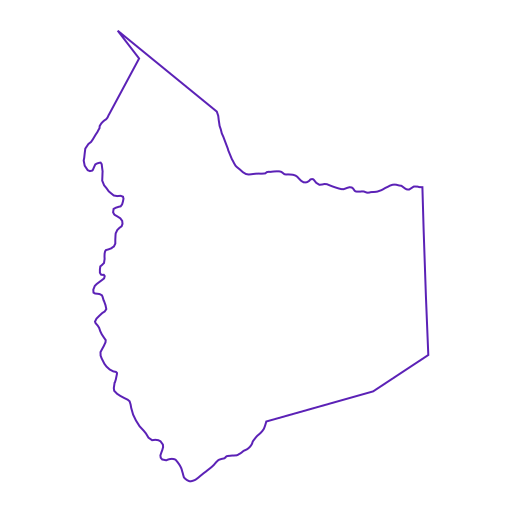 outline of Yauyupe, El Paraíso, Honduras
{"feature_id": "27666195B23214675582882", "entity_name": "Yauyupe", "entity_type": "district", "adm_level": 2, "iso_a3": "HND", "parent_name": "Honduras", "parent_adm1": "El Paraíso", "projection": "natural_earth1", "projection_center": [-87.088, 13.756], "detail": "fine", "context": "isolated", "style": "outline", "palette": "violet", "viewbox_px": 512, "rotation_deg": 0, "n_neighbors": 0, "source": "geoboundaries", "source_scale": "gbopen_adm2", "svg_char_len": 5991}
<svg xmlns="http://www.w3.org/2000/svg" viewBox="0 0 512 512"><path d="M423.6,228.9L422.4,187.2L419.3,187.1L417.5,186.6L414.0,186.5L412.9,187.1L411.4,188.1L409.2,189.5L407.7,189.5L406.5,189.3L405.2,188.6L401.4,185.8L399.2,185.5L396.1,184.7L394.1,184.6L392.4,184.8L390.0,185.6L387.8,186.8L385.4,187.9L382.7,189.5L381.3,190.2L377.3,191.6L375.1,191.9L371.2,192.1L370.1,192.3L369.1,192.6L367.2,192.7L365.4,192.1L363.9,191.5L361.8,191.4L360.3,191.6L356.9,191.6L356.0,191.5L355.3,191.2L354.7,190.8L353.0,188.4L352.6,188.2L351.8,187.5L349.6,187.2L347.1,187.9L345.3,188.6L343.5,189.2L341.3,189.1L338.8,188.5L335.3,187.4L332.4,186.4L329.6,185.3L326.9,184.2L324.5,184.0L322.2,184.5L319.4,184.8L316.2,182.8L313.7,179.7L312.8,179.1L311.1,179.2L310.1,179.7L309.4,180.7L307.7,181.8L307.1,182.1L306.3,182.3L305.6,182.4L303.6,182.3L301.4,181.0L300.3,180.0L298.3,177.9L297.3,176.8L295.7,175.7L294.7,175.3L293.1,174.8L291.3,174.6L289.7,174.5L288.0,174.4L286.1,174.5L284.4,174.2L283.0,173.1L281.4,171.9L279.6,171.4L277.5,171.3L275.1,171.4L272.6,171.6L270.4,171.9L268.7,171.8L266.9,172.1L265.2,173.4L261.6,173.7L258.6,173.6L255.9,173.7L253.1,174.0L250.9,174.3L248.6,174.5L245.9,174.0L242.9,172.2L239.9,169.5L236.8,167.0L235.6,165.8L235.1,165.0L234.0,163.1L232.9,160.9L231.9,159.2L228.2,150.2L228.0,149.2L227.3,147.3L226.2,144.4L223.3,136.7L221.8,133.4L220.8,129.4L219.6,125.9L219.1,122.5L218.7,119.9L218.4,117.2L218.2,115.7L216.8,111.6L117.7,30.7L139.1,58.5L109.4,113.8L108.6,115.2L107.5,117.6L106.1,119.3L104.4,120.4L102.9,121.7L101.3,123.4L99.7,126.0L99.5,128.2L98.6,129.7L97.3,132.2L95.8,134.4L94.3,136.9L93.0,139.1L91.1,141.9L88.4,144.0L85.3,148.6L84.7,153.4L84.2,157.9L83.7,160.6L84.7,165.7L87.7,170.2L89.9,171.1L92.2,170.6L92.8,170.0L94.2,166.8L95.3,164.4L97.2,163.4L99.3,162.8L100.6,162.6L101.7,164.2L102.0,166.8L102.6,171.4L102.5,173.1L102.4,176.1L102.2,180.6L104.1,185.3L106.5,188.2L108.7,191.3L111.3,193.5L113.8,195.5L117.3,196.1L118.2,196.0L120.6,195.8L123.0,196.7L123.5,198.7L122.9,201.7L122.1,204.4L120.6,206.4L119.0,206.7L115.9,207.7L113.6,208.9L113.1,212.3L114.2,214.4L114.9,215.0L117.5,216.5L120.3,218.3L122.2,220.9L122.5,223.9L121.6,226.3L119.5,227.8L117.3,230.0L115.7,233.3L115.5,235.5L115.3,239.7L115.3,243.6L113.9,246.5L112.1,247.6L111.6,248.2L108.4,249.4L105.9,250.1L105.1,251.3L104.6,253.6L104.5,256.5L104.6,259.0L104.0,263.0L102.0,265.0L100.3,266.4L99.9,269.5L99.9,272.7L101.0,274.6L102.2,274.9L103.8,274.8L104.7,276.1L104.1,278.4L101.8,280.2L99.9,281.6L96.7,284.0L94.8,285.9L93.3,289.7L93.5,292.6L95.0,293.5L97.9,293.8L99.7,294.1L101.9,295.3L102.5,296.6L103.7,300.6L103.9,300.7L105.5,305.2L106.3,309.1L104.7,311.5L102.3,313.0L99.4,315.7L96.5,318.6L95.0,321.6L95.6,323.2L97.7,325.6L99.1,327.8L100.3,331.3L101.7,334.2L104.0,337.7L105.7,340.1L105.5,342.3L103.8,346.0L102.2,348.9L100.5,352.1L100.6,355.6L101.7,358.5L104.4,363.8L106.5,366.6L109.7,369.5L113.3,371.4L115.9,371.9L116.9,372.8L117.0,373.7L116.5,376.1L115.8,379.5L114.9,382.4L114.6,382.7L113.8,388.1L114.2,390.8L117.1,393.8L120.3,395.9L124.4,398.1L127.7,399.7L129.6,401.3L130.6,404.5L131.2,407.9L133.1,414.6L135.9,420.4L139.6,426.3L143.7,430.7L145.9,433.4L148.5,437.7L152.1,440.2L155.3,439.8L158.3,440.2L160.5,441.3L162.9,444.6L163.1,447.1L162.3,450.0L161.4,452.4L160.4,455.4L160.7,457.7L162.2,459.5L163.4,459.7L166.2,460.3L166.7,460.1L167.0,460.0L167.4,459.8L168.2,459.5L168.7,459.4L169.2,459.2L169.8,459.1L170.4,459.0L170.8,459.0L171.2,458.9L171.8,458.9L172.2,458.9L173.4,459.0L173.6,459.1L174.0,459.1L174.5,459.3L174.8,459.4L175.1,459.5L175.4,459.7L175.7,459.9L175.9,460.1L176.4,460.7L176.6,461.0L177.1,461.6L177.4,461.9L178.4,463.3L179.0,464.1L179.3,464.6L179.5,464.9L179.9,465.5L180.3,466.3L180.6,466.8L181.0,467.8L181.2,468.0L181.3,468.3L181.4,468.6L181.5,468.9L181.7,469.5L182.3,471.7L182.8,473.3L183.0,474.2L183.5,476.0L183.7,476.6L183.8,476.9L183.8,477.1L184.0,477.4L184.1,477.6L184.3,477.8L184.7,478.2L185.3,478.8L185.8,479.2L186.2,479.5L186.6,479.8L187.0,480.1L187.6,480.4L188.0,480.6L188.4,480.8L188.8,481.0L189.1,481.1L189.5,481.2L189.9,481.3L190.1,481.3L190.5,481.3L191.0,481.2L191.5,481.1L191.8,481.1L192.3,480.9L193.1,480.7L193.6,480.5L194.4,480.2L194.9,480.0L195.3,479.8L195.6,479.6L196.1,479.3L196.9,478.7L197.7,478.1L198.6,477.4L199.5,476.6L200.7,475.6L202.7,474.0L203.4,473.4L204.2,472.8L206.0,471.5L207.2,470.5L209.9,468.4L211.5,467.1L212.3,466.4L212.8,465.9L213.3,465.5L213.7,465.0L214.1,464.7L214.4,464.3L215.0,463.5L215.5,463.0L216.0,462.4L216.4,461.9L216.8,461.6L217.5,460.9L217.9,460.5L218.2,460.3L218.4,460.1L218.6,460.0L218.8,459.9L219.0,459.8L219.4,459.6L220.1,459.4L220.7,459.2L221.3,459.0L221.7,458.9L222.1,458.8L223.2,458.6L223.6,458.5L223.9,458.4L224.2,458.4L224.4,458.3L224.6,458.1L224.9,457.9L225.1,457.8L225.3,457.5L225.4,457.4L225.5,457.4L225.7,457.0L225.8,456.9L226.0,456.7L226.4,456.5L226.6,456.3L226.8,456.2L227.1,456.1L228.0,456.0L228.4,455.9L229.9,455.8L231.4,455.6L233.1,455.5L234.1,455.5L235.4,455.4L236.0,455.4L236.3,455.3L236.7,455.3L237.0,455.2L237.4,455.0L237.5,455.0L238.3,454.6L239.0,454.1L239.8,453.7L240.5,453.3L240.9,453.0L241.2,452.8L241.9,452.3L242.1,452.1L242.4,451.8L243.2,451.2L243.3,451.1L243.6,450.9L243.9,450.7L244.2,450.6L244.5,450.4L245.2,450.2L245.5,450.0L246.0,449.8L246.5,449.5L247.0,449.3L247.7,448.8L248.2,448.4L248.7,448.0L249.0,447.7L249.4,447.3L249.7,447.1L249.9,446.8L250.3,446.4L250.6,445.9L251.0,445.5L251.3,445.0L251.5,444.6L251.8,444.2L252.0,443.7L252.2,443.3L252.3,442.9L252.4,442.5L252.6,442.0L252.7,441.7L252.9,441.3L253.1,441.0L253.3,440.7L253.5,440.4L253.9,439.9L254.3,439.4L254.9,438.6L255.6,437.7L256.7,436.4L257.1,436.0L257.4,435.7L257.7,435.4L258.0,435.2L258.8,434.5L259.2,434.2L259.5,433.9L259.8,433.6L260.2,433.3L260.7,432.8L261.1,432.4L261.5,431.9L262.0,431.4L262.3,431.1L262.5,430.7L262.8,430.3L263.2,429.8L263.5,429.4L263.6,429.2L263.8,428.9L264.0,428.5L264.2,428.0L264.3,427.7L264.4,427.4L264.6,427.0L265.4,424.6L266.0,422.6L266.3,421.5L373.1,391.4L428.3,355.0L425.9,296.0L423.6,228.9Z" fill="none" stroke="#5b21b6" stroke-width="2"/></svg>